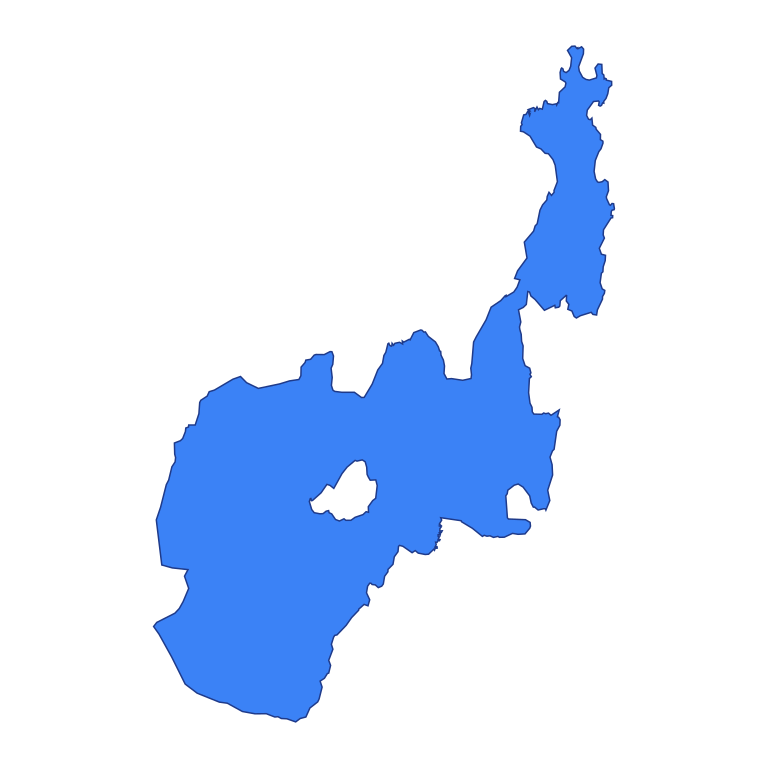 the district of Bukoba, Kagera, United Republic of Tanzania
{"feature_id": "72390352B68293795880239", "entity_name": "Bukoba", "entity_type": "district", "adm_level": 2, "iso_a3": "TZA", "parent_name": "United Republic of Tanzania", "parent_adm1": "Kagera", "projection": "natural_earth1", "projection_center": [31.68, -1.353], "detail": "fine", "context": "isolated", "style": "filled", "palette": "blue", "viewbox_px": 768, "rotation_deg": 0, "n_neighbors": 0, "source": "geoboundaries", "source_scale": "gbopen_adm2", "svg_char_len": 6089}
<svg xmlns="http://www.w3.org/2000/svg" viewBox="0 0 768 768"><path d="M473.6,342.0L471.8,363.6L470.8,368.2L471.5,374.8L471.0,378.5L462.7,380.3L451.5,378.6L446.9,379.0L444.0,373.5L444.5,366.0L443.4,360.1L441.0,355.1L440.7,351.4L439.6,350.9L438.3,346.8L435.4,341.9L428.3,336.4L425.4,331.9L423.9,332.1L421.9,330.2L420.6,330.0L413.8,332.6L410.1,339.9L409.3,339.3L403.8,342.1L402.3,341.0L402.6,344.0L399.5,342.3L394.9,343.3L393.6,345.2L392.1,343.3L391.9,345.8L391.2,346.2L389.8,345.4L388.8,343.2L387.9,343.8L385.8,352.3L383.9,355.5L382.5,363.4L377.8,369.9L372.2,384.1L364.2,397.4L361.5,397.5L354.4,392.3L341.9,392.3L334.7,391.4L332.9,390.1L331.4,385.4L332.2,377.5L331.1,368.2L332.8,364.3L333.5,356.0L331.9,351.7L330.1,351.6L324.2,354.6L316.0,354.5L314.2,355.1L310.6,359.3L305.8,360.1L305.1,362.5L301.1,367.1L300.9,375.7L298.9,379.5L289.5,380.9L279.7,383.9L258.3,388.4L246.6,382.7L240.5,376.5L232.9,379.2L214.4,390.1L209.2,391.7L207.2,396.1L200.8,400.3L199.7,402.5L198.9,413.7L195.2,425.0L188.7,425.0L188.5,427.0L185.8,428.0L185.4,431.6L182.7,438.5L180.4,440.7L174.4,443.0L174.7,454.1L175.6,457.6L175.1,461.9L171.9,466.8L168.7,480.0L166.3,484.7L160.6,507.2L156.3,519.9L161.8,565.0L172.3,567.9L188.0,569.6L184.5,576.2L188.7,588.4L183.1,601.7L179.3,608.5L174.9,613.2L156.8,622.4L153.6,626.5L159.0,634.1L171.8,657.2L185.2,684.1L197.2,693.2L219.3,702.1L227.3,703.2L242.4,711.5L255.0,713.8L266.3,713.7L274.8,717.0L278.0,716.7L281.3,718.5L286.9,718.8L295.7,721.9L300.2,718.5L305.9,717.0L309.9,708.0L317.7,701.9L319.1,699.0L322.1,687.1L320.1,681.1L324.4,678.3L327.4,673.5L328.7,673.1L330.6,665.4L328.7,660.3L332.9,649.2L331.4,644.3L333.6,637.2L334.7,635.4L337.0,634.9L346.2,625.3L351.6,617.6L358.6,610.3L358.7,609.2L364.1,604.4L368.0,605.8L369.7,599.8L366.5,592.8L367.6,586.2L369.7,583.2L370.9,583.2L372.1,584.5L375.3,584.9L378.3,587.6L381.7,586.2L383.3,584.0L384.6,576.3L387.9,571.8L388.0,569.4L393.0,564.3L394.3,556.8L398.0,551.7L398.5,546.4L399.5,545.4L402.9,546.3L412.1,552.7L415.2,550.6L418.2,553.1L425.2,554.5L428.6,554.2L433.8,549.2L434.5,550.2L435.1,548.4L437.2,548.1L437.0,546.7L435.1,546.9L436.2,544.7L435.6,542.2L437.0,542.4L438.0,540.7L439.5,540.7L440.0,539.6L438.2,539.3L439.3,536.9L438.2,536.6L438.1,534.7L439.1,534.3L440.0,535.5L440.5,533.8L439.5,532.7L441.4,532.4L442.2,530.8L439.8,531.0L439.9,528.6L441.3,526.8L439.6,526.0L441.0,525.5L439.3,524.1L441.7,520.1L440.7,517.7L461.1,520.7L461.6,521.8L472.4,528.3L482.4,536.4L484.2,535.3L486.9,536.2L490.0,535.8L493.5,537.4L497.9,536.4L499.4,537.3L504.3,537.2L512.5,533.4L518.1,534.3L525.0,533.9L529.7,528.3L530.5,526.1L530.1,522.4L525.5,519.7L508.4,519.0L507.4,517.8L505.8,495.8L507.2,493.8L507.8,490.2L514.2,485.2L518.2,484.0L523.1,487.1L529.7,495.9L531.2,503.0L533.3,507.1L534.6,507.1L538.1,510.0L543.8,508.7L545.4,508.8L545.9,510.1L549.8,500.5L547.7,490.2L552.6,475.0L552.1,464.7L550.0,457.1L552.5,450.9L554.1,449.3L556.7,431.2L559.9,425.2L560.1,419.8L558.7,417.3L557.4,416.8L559.2,409.9L551.0,415.3L548.5,413.1L545.7,413.7L543.7,413.0L541.9,414.3L533.9,414.1L532.3,411.9L532.0,407.3L530.0,403.2L528.6,392.7L529.4,378.5L531.3,376.7L529.9,374.2L530.9,372.9L529.7,368.2L525.1,365.7L522.7,358.5L523.1,345.9L521.6,341.4L521.2,334.3L519.8,329.4L519.5,327.0L520.8,322.0L518.5,309.8L523.3,307.4L526.3,304.5L527.8,291.5L529.5,292.0L530.9,296.0L535.1,299.5L544.4,310.3L554.8,305.3L555.3,307.8L558.7,307.2L559.8,306.0L560.3,300.7L566.1,295.4L566.6,295.6L566.3,301.0L568.8,304.3L567.8,309.3L571.9,311.0L574.2,316.5L576.4,318.0L580.4,315.7L591.2,312.3L592.9,314.4L596.6,315.0L597.4,309.9L602.5,299.1L602.5,296.6L604.4,293.3L604.8,290.4L602.2,288.9L600.1,282.7L601.4,273.2L602.9,271.8L603.2,266.8L605.2,260.7L605.5,255.3L601.4,254.2L599.3,248.3L604.4,238.1L603.2,234.9L603.5,229.8L611.0,218.0L612.6,217.7L612.7,215.6L611.0,215.3L611.3,211.5L612.0,210.2L614.1,209.7L614.4,208.6L613.6,203.7L612.0,203.5L610.4,205.3L609.4,204.7L606.6,198.6L606.3,196.8L608.5,190.7L608.0,182.0L604.8,179.6L602.2,181.7L598.9,182.4L597.5,181.9L595.6,178.9L594.1,171.4L595.3,160.5L598.8,151.7L601.0,148.8L603.0,143.1L602.9,141.2L600.4,139.6L600.5,134.4L596.2,129.3L595.8,127.4L592.6,125.1L591.9,118.1L590.3,119.7L588.5,119.2L586.6,115.4L587.3,110.1L593.5,101.5L598.5,101.0L599.2,101.9L598.6,105.3L600.1,106.1L601.5,105.4L602.6,102.9L603.8,103.2L603.7,101.4L606.0,98.5L607.8,93.7L608.8,87.7L611.7,85.2L611.6,81.4L606.3,80.1L606.2,78.8L605.1,78.3L604.2,78.9L603.8,75.0L602.2,73.5L601.8,64.4L598.1,64.0L595.0,68.1L596.9,75.5L596.4,77.9L589.3,80.1L585.9,79.4L582.6,77.3L579.3,71.1L578.6,66.8L583.4,53.8L583.6,49.1L581.6,46.8L578.0,48.7L577.8,47.7L576.8,48.3L575.0,46.1L571.7,46.3L567.5,50.4L571.6,57.7L570.7,66.3L569.0,70.4L566.1,72.6L563.6,71.4L562.9,68.8L561.7,68.0L561.1,68.7L560.1,72.5L560.5,79.0L565.2,81.9L565.9,83.2L565.1,86.9L559.4,92.3L558.6,102.8L557.7,102.5L556.7,105.0L556.3,103.8L552.4,104.6L547.5,103.6L546.8,101.4L545.4,100.4L544.1,101.5L542.3,109.2L539.7,108.4L538.4,109.7L537.0,107.0L534.6,111.8L535.1,108.6L533.5,107.6L528.2,109.6L530.0,111.1L529.2,111.4L529.5,114.1L530.1,113.8L529.6,115.5L528.0,111.0L526.0,114.4L523.7,114.9L521.4,122.9L522.1,124.6L520.7,126.3L520.5,131.2L523.4,131.8L530.0,136.1L536.5,147.0L540.9,148.9L545.1,153.3L548.4,153.7L553.0,159.6L555.2,165.3L557.4,181.7L554.0,190.5L554.1,192.3L551.5,195.4L549.0,192.3L547.2,196.5L546.8,200.0L542.6,204.9L540.0,210.1L537.2,223.7L535.1,226.0L533.6,231.1L524.3,242.1L527.0,258.0L517.6,270.8L514.6,278.5L519.9,279.8L517.1,287.2L513.8,292.0L506.1,296.6L506.1,295.3L505.1,295.8L500.8,300.6L491.1,307.2L486.1,319.8L476.2,336.9L473.6,342.0ZM362.3,459.9L365.2,461.8L366.7,467.2L367.1,474.4L368.4,477.2L370.2,480.2L375.8,479.9L377.2,485.6L375.7,498.3L372.7,500.6L368.3,506.7L368.5,512.3L366.1,511.7L363.0,514.6L355.1,517.3L350.9,520.3L345.8,520.3L344.0,518.8L339.4,521.0L335.5,519.5L331.7,513.9L329.1,512.7L328.6,510.6L326.1,511.2L323.1,513.6L320.0,513.8L314.2,512.7L311.7,509.5L309.3,501.5L310.3,498.6L310.9,498.5L311.4,500.7L312.5,500.5L321.1,492.8L326.9,484.4L329.9,485.3L333.8,488.4L342.0,473.6L347.1,467.1L355.1,460.4L357.0,461.1L362.3,459.9Z" fill="#3b82f6" stroke="#1e3a8a" stroke-width="1.5"/></svg>